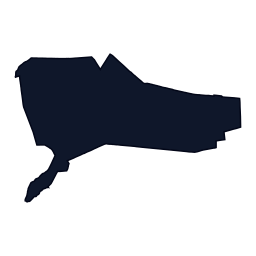 Moldoveni, Neamt, Romania (Albers equal-area conic projection)
{"feature_id": "2599482B40239135876534", "entity_name": "Moldoveni", "entity_type": "district", "adm_level": 2, "iso_a3": "ROU", "parent_name": "Romania", "parent_adm1": "Neamt", "projection": "albers", "projection_center": [26.778, 46.815], "detail": "fine", "context": "isolated", "style": "filled", "palette": "ink", "viewbox_px": 256, "rotation_deg": 0, "n_neighbors": 0, "source": "geoboundaries", "source_scale": "gbopen_adm2", "svg_char_len": 5355}
<svg xmlns="http://www.w3.org/2000/svg" viewBox="0 0 256 256"><path d="M190.8,151.9L192.1,152.0L194.7,152.2L195.7,152.0L196.9,151.8L198.4,151.4L201.5,150.4L203.0,150.0L211.7,148.4L213.8,148.0L214.7,148.0L214.6,147.6L216.1,147.5L216.1,140.9L221.0,140.1L224.8,139.6L224.4,135.9L224.1,133.3L224.0,131.8L230.4,130.0L233.4,129.1L236.0,128.5L240.6,127.1L240.4,116.4L240.0,107.2L239.9,102.5L239.8,100.7L239.6,98.5L238.1,98.3L234.2,97.9L230.3,97.6L228.9,97.5L224.3,97.2L224.0,97.1L223.2,97.1L221.9,97.0L222.0,96.6L221.3,96.4L221.4,96.0L219.9,95.8L216.5,95.4L214.5,95.2L214.0,95.2L214.1,95.9L213.7,96.0L210.8,95.8L208.8,95.5L207.4,95.5L206.1,95.5L202.7,95.2L200.6,95.0L199.0,94.8L197.8,94.8L194.8,94.5L192.9,94.2L191.6,93.9L190.1,93.6L187.3,93.0L185.2,92.5L184.8,92.5L183.7,92.2L174.2,90.1L173.2,89.8L172.8,89.6L172.3,89.4L168.5,88.6L167.5,88.3L167.1,88.2L164.9,87.7L164.5,87.7L162.6,87.3L161.5,87.0L161.1,86.8L160.6,86.7L159.2,86.3L158.4,86.1L157.9,86.0L157.0,85.7L156.6,85.6L155.9,85.5L154.8,85.2L154.6,85.1L153.4,84.9L152.2,84.5L149.9,84.0L149.3,83.8L148.2,83.6L147.3,83.4L145.0,83.6L143.8,83.4L143.6,83.3L142.8,82.7L141.1,81.1L138.4,78.9L136.0,76.8L135.9,76.7L135.6,76.5L135.4,76.4L135.2,76.3L135.0,75.8L134.9,75.7L134.3,75.4L133.7,74.9L132.7,74.0L130.9,72.2L130.5,72.0L130.2,71.9L129.2,71.1L123.6,65.8L121.7,64.1L119.1,61.8L115.7,58.6L113.0,56.1L112.4,55.6L111.3,54.9L110.1,54.2L109.7,54.8L109.3,55.3L108.7,56.3L108.2,57.0L107.3,58.4L106.9,59.0L106.6,59.6L102.7,65.7L101.3,67.9L101.0,68.4L100.7,68.8L100.3,69.5L98.7,66.8L96.4,63.2L96.2,62.9L94.6,60.2L94.2,59.6L93.6,59.1L91.6,57.0L79.5,57.9L76.7,58.1L75.0,58.2L74.1,58.3L71.4,58.5L69.4,58.6L68.3,58.5L67.7,58.6L66.9,58.5L66.1,58.6L64.6,58.6L61.7,58.6L60.9,58.6L60.2,58.6L59.3,58.6L54.1,58.5L53.7,58.5L51.1,58.4L47.0,58.4L45.4,58.3L41.1,58.2L40.5,58.2L39.6,58.2L38.6,58.2L38.0,58.2L37.0,58.1L35.0,58.1L31.2,58.0L30.9,58.3L30.6,58.5L30.1,59.0L29.7,59.3L29.4,59.6L29.1,59.8L27.3,61.1L26.5,61.5L26.2,61.6L25.9,61.7L25.5,61.8L24.1,62.6L23.6,63.0L23.2,63.4L22.6,63.9L22.3,64.2L21.9,64.5L21.1,65.0L20.3,65.7L19.8,66.1L19.5,66.4L19.2,66.6L18.5,68.0L18.3,68.5L18.0,69.4L17.9,69.6L17.7,70.0L17.0,70.7L16.4,71.2L16.1,71.4L16.1,71.5L16.0,72.0L15.9,72.5L15.8,72.8L15.8,73.0L15.8,74.4L15.7,75.2L15.7,75.8L15.6,76.1L15.4,76.5L15.4,76.9L15.5,77.2L15.9,77.1L16.2,76.9L16.4,76.8L19.5,75.9L19.6,77.0L19.8,78.4L19.9,78.7L19.9,79.0L19.9,79.3L20.0,80.0L20.2,81.4L20.4,82.5L20.4,82.9L20.8,85.3L20.9,86.2L20.9,86.8L21.1,87.6L21.2,89.0L21.3,90.1L21.4,90.8L21.8,93.6L22.5,98.8L22.9,102.0L23.1,103.9L23.3,105.1L23.7,107.1L33.2,132.0L36.9,145.0L38.9,145.0L40.7,144.9L44.4,144.9L44.9,145.0L45.1,145.1L49.1,147.4L49.5,147.8L49.8,148.0L50.8,148.6L51.2,148.8L51.5,149.1L51.9,149.6L52.2,149.9L52.6,150.6L53.1,151.4L53.5,152.1L54.1,153.5L54.4,154.1L54.6,154.3L54.7,154.5L54.9,154.6L55.1,154.6L55.1,155.1L55.0,155.6L54.4,157.2L54.2,157.6L51.6,163.3L50.0,166.6L49.3,167.9L49.0,168.6L48.3,169.7L48.1,169.9L47.5,170.6L47.0,171.1L45.6,172.0L45.2,172.4L44.6,172.9L44.3,173.2L44.1,173.2L43.6,173.3L42.7,173.6L42.3,173.9L42.0,174.1L40.3,175.8L40.1,176.0L39.9,176.3L39.5,176.9L39.1,177.4L38.7,177.8L38.3,178.0L37.9,178.2L37.1,178.5L36.2,178.8L35.7,179.1L35.5,179.3L35.0,179.9L34.7,180.6L34.5,180.9L34.3,181.2L34.2,181.3L33.7,181.4L33.4,181.5L31.8,182.2L31.6,182.3L31.2,182.6L30.8,183.0L30.7,183.2L30.6,183.5L30.4,183.9L29.7,185.4L29.1,186.6L28.9,187.1L28.6,187.7L28.4,188.2L28.2,188.7L28.1,189.6L28.0,190.0L27.9,190.4L27.8,190.7L27.8,190.9L27.6,191.7L27.5,191.9L27.6,192.5L27.5,192.8L27.3,193.6L27.2,194.2L26.9,195.5L26.8,195.9L26.7,196.2L25.8,198.1L25.6,198.5L25.4,199.1L25.2,199.8L25.2,200.2L25.2,200.8L25.5,200.8L25.8,201.0L26.2,201.3L26.5,201.6L26.9,201.7L27.1,201.8L27.4,201.8L27.6,201.7L27.9,201.6L28.2,201.4L28.4,201.4L28.9,201.3L29.1,201.4L29.3,201.4L29.5,201.3L29.8,201.2L30.1,200.9L30.9,200.2L31.2,199.8L31.3,199.6L31.6,199.4L32.2,198.8L32.5,198.5L33.3,197.6L33.5,197.3L33.7,196.9L33.9,196.8L34.3,196.7L34.8,196.6L35.7,196.5L36.1,196.4L36.5,195.9L37.1,195.1L37.3,194.9L37.5,194.7L37.9,194.7L38.2,194.5L38.5,194.3L38.9,193.9L39.2,193.5L39.3,193.3L39.5,192.5L39.8,191.8L39.9,191.7L40.2,191.4L40.4,191.1L40.5,191.0L40.8,190.9L41.0,190.8L41.3,190.8L41.5,190.7L41.6,190.4L42.1,190.1L42.8,189.5L43.0,189.2L43.1,188.9L43.3,188.7L43.5,188.7L44.4,188.6L44.6,188.6L44.8,188.5L45.3,188.3L45.9,187.9L46.2,187.8L46.4,187.7L47.3,187.6L47.5,187.5L47.7,187.4L47.8,187.3L48.2,187.3L48.5,187.4L48.3,186.9L47.9,186.7L49.4,185.2L51.0,183.6L51.7,182.3L51.8,182.2L55.2,175.7L55.9,174.3L56.2,173.7L57.6,171.3L58.3,171.4L60.0,171.4L62.0,171.2L66.6,170.8L66.7,170.5L67.0,170.1L67.2,169.9L67.3,169.7L67.4,169.4L67.8,168.3L67.8,168.1L67.9,167.8L67.9,167.5L68.2,166.7L68.3,165.6L68.5,165.0L68.5,164.7L68.6,164.3L68.8,164.0L68.9,163.9L69.0,163.8L69.0,163.7L67.3,160.7L70.4,159.4L73.9,157.9L75.2,157.2L80.6,154.9L82.0,154.2L82.9,153.7L83.4,153.6L83.9,153.4L84.5,153.3L85.2,152.8L85.3,152.8L86.9,152.0L88.9,151.2L89.9,150.8L91.1,150.3L91.3,150.1L91.6,150.0L92.5,149.6L93.6,149.0L97.2,147.4L97.7,147.1L100.2,146.0L105.5,143.7L105.8,143.7L105.9,143.8L106.0,143.7L106.3,143.6L106.7,143.7L107.3,143.9L107.7,144.0L110.3,144.2L110.8,144.1L112.7,144.4L113.6,144.4L116.2,144.7L117.4,144.7L120.7,145.1L123.0,145.3L134.5,146.3L136.5,146.6L145.4,147.5L170.3,149.9L182.4,151.1L186.4,151.5L188.6,151.8L189.8,151.9L190.8,151.9Z" fill="#0f172a" stroke="#020617" stroke-width="1.5"/></svg>